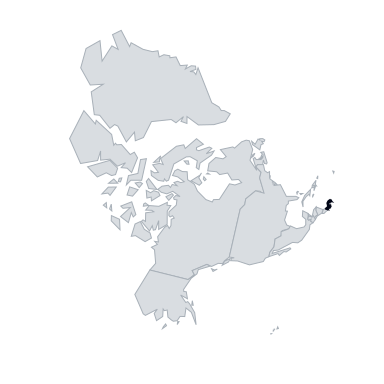 where Panama sits in North America, rotated 284°
{"feature_id": "PAN", "entity_name": "Panama", "entity_type": "country or territory", "adm_level": 0, "iso_a3": "PAN", "parent_name": "North America", "parent_adm1": "", "projection": "mercator", "projection_center": [-80.239, 8.409], "detail": "fine", "context": "in_parent", "style": "filled", "palette": "ink", "viewbox_px": 384, "rotation_deg": 284, "n_neighbors": 17, "source": "natural_earth", "source_scale": "50m", "svg_char_len": 10694}
<svg xmlns="http://www.w3.org/2000/svg" viewBox="0 0 384 384"><g transform="rotate(284 192 192)"><path d="M137.9,243.9L133.0,240.1L129.9,239.0L129.1,234.7L124.5,229.0L125.4,224.0L115.8,211.2L112.3,214.3L106.1,209.4L106.1,170.0L114.0,174.0L126.9,169.6L128.6,166.0L132.8,171.1L135.1,167.7L135.4,171.5L140.3,169.5L151.2,174.0L153.6,176.4L151.1,178.7L154.3,179.7L160.5,178.4L162.4,181.1L164.3,178.8L162.5,176.8L163.6,175.2L167.2,174.5L175.4,179.9L180.7,179.3L180.5,176.4L182.0,175.5L184.7,177.2L184.7,181.5L188.0,173.2L184.1,168.0L184.3,162.2L186.3,158.2L190.4,161.5L192.8,167.5L191.2,170.0L194.5,171.0L194.5,176.0L196.8,172.2L198.9,175.4L198.4,178.9L200.1,182.0L203.2,174.5L203.3,169.1L208.4,170.2L210.7,172.7L209.5,177.7L210.5,182.4L202.9,184.8L200.1,192.4L194.2,197.1L188.0,207.3L187.2,214.1L189.8,214.7L191.4,220.3L209.0,226.4L209.2,232.0L213.1,237.9L215.4,234.1L213.3,227.8L219.0,222.0L215.6,214.6L217.6,211.0L216.3,202.1L223.8,201.6L231.2,206.7L231.7,214.1L234.6,216.6L240.0,209.3L245.6,220.7L244.9,222.7L252.7,228.0L255.4,232.0L255.6,235.2L247.9,240.6L236.8,240.6L228.6,249.6L239.1,243.3L240.7,244.6L239.0,246.4L240.2,251.1L242.4,252.4L245.3,252.0L247.1,249.1L248.4,251.9L238.6,257.8L237.3,257.6L237.2,255.5L240.3,253.5L235.5,253.9L234.4,249.0L231.8,248.0L227.9,254.2L222.0,254.2L208.7,262.2L207.5,261.5L209.2,257.7L208.5,253.4L198.3,245.8L192.6,246.2L187.0,242.9L137.9,243.9ZM206.0,201.6L207.3,199.8L209.7,199.8L207.6,202.7L206.0,201.6ZM213.4,153.1L211.5,147.7L219.5,152.9L215.8,152.6L213.4,153.1ZM213.6,204.6L213.1,201.8L214.3,202.7L213.6,204.6ZM189.1,139.3L188.2,141.9L183.5,139.7L187.0,134.7L189.1,139.3ZM188.7,120.5L184.6,120.2L184.2,117.9L187.7,118.1L188.7,120.5ZM180.3,108.9L185.7,113.0L182.6,117.8L180.3,108.9ZM213.3,139.7L191.2,140.3L188.6,129.8L183.0,126.6L192.6,126.4L196.9,135.0L211.0,134.2L213.3,139.7ZM155.6,116.1L160.7,116.6L154.2,118.8L155.6,116.1ZM157.8,109.1L161.0,111.4L156.0,113.1L157.8,109.1ZM255.7,237.6L253.6,241.7L259.4,243.3L258.9,245.2L260.1,244.8L260.9,247.8L260.1,250.1L258.2,249.7L258.1,247.2L256.1,249.5L254.6,247.5L249.3,247.6L252.6,239.3L255.7,237.6ZM202.7,188.4L210.2,195.6L212.8,196.6L207.5,195.1L203.3,199.3L200.3,197.4L202.7,188.4ZM211.7,157.4L216.8,153.4L232.6,165.8L235.8,172.6L232.6,174.9L244.8,183.5L241.1,191.5L236.2,185.6L234.0,186.1L233.7,188.6L239.8,197.9L239.2,200.7L232.6,196.6L237.2,203.5L232.5,202.0L222.0,192.8L215.5,193.2L216.7,190.2L223.6,189.6L225.8,181.6L224.7,178.0L214.8,167.6L197.8,166.4L196.3,164.5L198.1,162.1L195.6,162.0L195.1,156.4L198.2,148.6L202.8,147.0L201.5,150.9L202.9,154.7L208.9,147.3L211.9,153.6L211.7,157.4ZM184.9,149.2L191.2,145.1L194.6,146.6L186.0,157.4L184.9,149.2ZM137.9,131.3L144.5,120.6L149.6,119.5L148.0,128.3L137.9,131.3ZM120.0,231.6L122.3,229.5L121.8,232.8L123.3,235.2L120.0,231.6ZM168.3,105.0L176.5,109.6L178.5,117.3L168.9,113.3L170.6,110.7L168.3,105.0ZM136.7,245.2L133.0,244.4L128.3,239.1L132.8,240.4L136.7,245.2ZM134.3,143.8L147.2,144.5L150.8,149.0L144.3,154.7L142.1,161.2L137.5,163.8L132.5,158.5L136.0,147.7L134.3,143.8ZM161.1,126.3L167.9,135.9L156.5,143.0L153.6,141.0L157.3,138.1L146.9,137.7L150.9,128.6L162.0,135.9L159.5,129.0L161.1,126.3ZM163.2,151.4L168.5,153.8L170.1,163.3L176.0,170.6L173.1,171.0L173.7,174.7L167.5,172.6L154.6,175.7L147.6,168.7L156.2,166.6L146.6,165.7L145.6,163.7L149.7,161.6L143.9,160.2L151.3,150.0L153.1,151.2L152.2,154.0L160.6,152.1L163.6,159.7L164.5,157.4L163.2,151.4ZM177.2,153.6L175.2,149.7L182.5,147.2L181.3,152.0L184.0,154.5L183.7,159.6L180.8,161.8L173.6,154.8L177.2,153.6ZM166.4,148.2L168.7,148.0L170.1,149.3L168.5,153.3L166.4,148.2ZM173.4,129.7L181.9,130.3L181.2,139.2L173.6,135.3L173.4,129.7ZM183.7,96.5L191.2,84.6L202.8,104.6L197.1,114.1L190.4,113.6L188.5,110.0L189.9,104.2L183.7,96.5ZM192.7,77.0L214.2,60.3L244.8,67.4L234.6,81.8L238.4,81.7L228.4,100.1L218.4,104.8L220.8,105.9L219.6,107.6L221.0,112.0L213.4,123.0L216.7,126.4L212.0,130.9L196.3,128.7L199.4,123.3L198.5,117.4L204.3,120.4L199.0,113.4L204.0,104.5L200.8,95.6L209.7,93.4L199.7,92.8L192.7,77.0ZM221.3,180.8L218.2,182.4L217.8,180.2L220.2,176.9L221.3,180.8ZM181.1,167.8L185.6,173.0L184.5,174.7L178.3,171.5L181.1,167.8ZM240.1,241.6L243.0,242.0L244.8,243.7L241.7,242.9L240.1,241.6ZM241.0,249.1L241.6,250.3L244.5,250.6L243.0,251.8L240.7,250.7L241.0,249.1Z" fill="#d9dde1" stroke="#a8b0b8" stroke-width="1"/><path d="M137.9,243.9L187.0,242.9L192.6,246.2L198.3,245.8L208.5,253.4L208.3,262.2L222.0,254.2L227.9,254.2L231.8,248.0L234.4,249.0L235.8,254.7L230.3,257.4L229.0,260.7L230.5,262.3L224.0,264.0L227.1,264.0L223.6,264.4L221.9,268.5L220.8,267.2L221.6,269.7L220.1,272.3L219.4,268.0L219.4,270.4L218.2,270.1L220.5,276.0L210.6,284.6L212.9,293.8L212.3,297.0L210.0,295.7L206.5,287.7L204.0,288.3L201.8,286.7L196.2,287.2L196.5,289.2L187.2,288.6L182.9,291.9L182.3,295.8L179.7,294.8L176.3,288.8L171.0,289.0L166.5,284.0L158.6,284.8L152.1,282.0L147.9,282.3L145.5,279.2L141.8,278.0L135.2,265.4L136.1,252.9L134.7,246.1L137.4,246.5L138.4,248.9L137.9,243.9ZM106.1,170.0L106.1,209.4L112.3,214.3L115.8,211.2L125.4,224.0L124.4,227.4L118.2,216.9L113.8,216.6L108.1,212.1L95.4,207.4L93.5,208.1L93.8,210.6L87.3,213.4L89.3,205.9L83.3,212.7L84.6,214.4L82.9,216.8L75.6,223.8L64.2,228.1L75.1,220.5L78.0,214.2L69.4,215.1L68.4,210.5L63.5,208.7L62.1,205.1L62.8,203.0L64.8,198.9L71.5,196.5L70.2,193.9L71.5,192.3L64.1,193.7L58.6,188.7L65.0,184.7L69.9,186.7L61.0,176.6L62.0,174.1L78.8,161.3L106.1,170.0ZM52.3,196.4L54.4,196.8L57.6,198.3L56.1,199.6L52.3,196.4ZM79.7,307.5L81.9,307.8L80.4,308.9L79.7,307.5ZM78.8,305.0L79.1,305.8L78.6,305.2L78.8,305.0ZM77.6,304.6L78.4,304.9L77.5,304.9L77.6,304.6ZM76.1,304.5L76.9,304.4L76.8,304.5L76.1,304.5ZM73.5,302.7L73.8,303.4L73.2,303.0L73.5,302.7ZM59.8,209.7L62.9,209.5L63.1,210.8L59.8,209.7ZM82.2,219.1L86.6,218.6L82.4,220.6L82.2,219.1Z" fill="#d9dde1" stroke="#a8b0b8" stroke-width="1"/><path d="M227.5,307.4L227.5,310.5L222.7,310.0L226.4,309.4L224.9,307.1L227.5,307.4Z" fill="#d9dde1" stroke="#a8b0b8" stroke-width="1"/><path d="M228.0,311.4L227.7,307.1L233.4,309.5L229.3,309.8L228.0,311.4Z" fill="#d9dde1" stroke="#a8b0b8" stroke-width="1"/><path d="M214.9,294.7L216.7,293.8L216.8,294.3L214.9,294.7ZM216.8,293.4L218.2,294.3L217.9,295.7L217.6,294.4L216.8,293.4ZM215.8,298.2L216.7,297.1L217.3,299.8L215.8,298.2Z" fill="#d9dde1" stroke="#a8b0b8" stroke-width="1"/><path d="M271.2,67.4L285.5,54.0L305.6,54.5L316.6,66.1L297.2,73.1L314.4,78.9L312.5,85.8L325.5,76.8L331.7,84.2L318.0,96.3L322.1,96.8L318.6,110.0L318.6,119.6L320.8,124.8L315.1,127.5L318.4,131.5L318.8,137.5L316.9,138.1L319.2,143.8L311.8,150.0L314.0,156.7L309.7,155.8L314.3,160.7L315.0,165.0L311.9,166.1L308.4,160.9L309.0,164.6L306.9,167.3L314.0,167.8L283.4,189.6L281.0,197.6L278.1,200.7L278.8,203.6L277.1,210.2L268.6,207.4L262.7,197.0L258.6,182.0L264.0,168.9L257.3,170.5L257.9,164.2L263.1,165.5L255.3,159.7L257.3,154.3L250.5,135.6L233.1,131.7L228.0,124.6L236.2,121.7L224.7,116.2L238.0,104.1L238.7,100.6L234.0,97.0L244.1,83.9L243.4,78.5L264.8,70.0L275.1,79.8L271.2,67.4Z" fill="#d9dde1" stroke="#a8b0b8" stroke-width="1"/><path d="M147.9,282.3L152.1,282.0L158.6,284.8L166.5,284.0L171.0,289.0L175.0,288.0L179.7,294.8L182.9,295.7L181.7,302.3L185.1,309.1L187.7,310.3L193.0,309.0L195.0,305.0L200.6,304.0L199.2,310.1L193.7,310.9L192.9,312.0L194.6,314.2L192.4,314.2L191.5,316.9L188.7,314.4L184.0,314.9L171.8,310.1L168.3,307.0L167.4,301.7L156.5,289.6L154.9,285.2L151.8,284.7L161.5,300.6L160.7,301.6L156.6,297.9L156.4,295.5L151.6,292.1L153.1,290.4L147.9,282.3Z" fill="#d9dde1" stroke="#a8b0b8" stroke-width="1"/><path d="M208.5,325.8L207.8,328.2L203.1,325.2L202.6,323.5L206.6,323.4L208.5,325.8Z" fill="#d9dde1" stroke="#a8b0b8" stroke-width="1"/><path d="M206.6,323.4L203.0,323.1L199.5,319.9L204.3,316.5L207.5,316.1L206.6,323.4Z" fill="#d9dde1" stroke="#a8b0b8" stroke-width="1"/><path d="M207.5,316.1L204.3,316.5L200.2,319.7L196.6,317.1L199.1,314.5L204.2,314.3L207.5,316.1Z" fill="#d9dde1" stroke="#a8b0b8" stroke-width="1"/><path d="M196.6,317.1L199.4,318.3L199.1,319.4L195.3,318.4L196.6,317.1Z" fill="#d9dde1" stroke="#a8b0b8" stroke-width="1"/><path d="M191.5,316.9L192.4,314.2L194.6,314.2L192.9,312.0L193.7,310.9L197.0,311.0L196.8,314.5L198.6,314.8L196.6,317.1L195.3,318.4L191.5,316.9Z" fill="#d9dde1" stroke="#a8b0b8" stroke-width="1"/><path d="M197.0,311.0L198.8,310.0L197.3,314.5L196.8,314.5L197.0,311.0Z" fill="#d9dde1" stroke="#a8b0b8" stroke-width="1"/><path d="M235.6,309.7L238.2,310.2L235.4,310.7L235.6,309.7Z" fill="#d9dde1" stroke="#a8b0b8" stroke-width="1"/><path d="M215.9,310.2L218.4,309.9L219.6,310.8L215.9,310.2Z" fill="#d9dde1" stroke="#a8b0b8" stroke-width="1"/><path d="M209.0,300.9L215.9,302.2L223.2,306.4L216.9,307.2L218.1,306.1L215.2,303.9L209.8,301.9L204.3,303.4L209.0,300.9Z" fill="#d9dde1" stroke="#a8b0b8" stroke-width="1"/><path d="M244.6,324.9L246.4,323.5L246.4,324.9L244.6,324.9Z" fill="#d9dde1" stroke="#a8b0b8" stroke-width="1"/><path d="M217.6,327.5L217.4,327.6L217.5,327.9L217.5,328.0L217.7,328.3L217.9,328.6L217.7,328.8L217.6,329.1L217.3,329.4L217.2,329.4L217.0,329.2L216.9,329.1L216.9,329.4L216.9,329.5L216.6,330.0L216.6,329.9L216.2,329.4L215.8,328.8L215.7,328.5L215.8,328.5L216.0,328.5L216.0,328.4L216.0,328.2L216.2,327.9L216.3,327.9L216.4,328.1L216.6,328.2L216.8,328.4L216.7,328.2L216.4,327.9L216.3,327.7L216.2,327.8L215.9,327.8L215.8,327.7L215.8,327.8L215.8,328.0L215.7,327.9L215.6,327.5L215.4,327.4L215.2,327.3L215.1,327.2L214.8,327.0L214.6,326.9L214.3,326.8L213.9,326.8L213.8,327.0L213.7,327.0L213.4,327.2L213.4,327.4L213.3,327.5L212.7,328.0L212.3,328.1L212.2,328.2L212.2,328.4L212.2,328.5L212.3,328.6L212.5,328.9L212.8,329.2L212.9,329.3L212.9,329.5L212.5,329.6L212.4,329.7L212.3,329.8L212.2,329.9L211.8,330.0L211.5,330.0L211.4,329.9L211.4,329.6L211.2,329.1L211.1,328.8L210.9,328.9L210.9,329.0L210.8,329.3L210.7,329.3L210.6,329.2L210.3,329.1L210.0,328.6L209.9,328.4L209.7,328.3L209.5,328.2L209.3,328.2L209.2,328.3L209.1,328.2L208.8,328.1L208.5,328.1L208.3,328.0L208.1,328.1L207.9,328.2L208.0,328.4L207.9,328.5L207.9,328.4L207.8,328.2L207.7,328.1L208.0,327.8L208.0,327.6L207.9,327.3L207.9,327.2L208.0,327.1L208.2,326.9L207.9,326.7L207.8,326.4L207.8,326.0L208.0,325.9L208.3,325.9L208.5,325.9L208.8,326.1L208.9,326.5L209.0,326.5L209.0,326.8L209.3,327.0L209.7,326.9L209.8,326.9L209.6,326.6L209.8,326.7L210.0,326.8L210.3,327.2L210.6,327.2L210.9,327.2L211.1,327.2L211.5,327.0L211.8,326.8L212.0,326.7L212.7,326.5L213.0,326.2L213.5,326.0L213.6,325.9L214.1,325.8L214.4,325.9L214.5,325.9L214.8,326.0L215.3,326.1L215.6,326.1L216.3,326.4L216.8,326.7L217.0,327.0L217.6,327.5ZM210.2,329.8L209.9,329.7L209.7,329.6L209.8,329.3L210.0,329.5L210.2,329.8ZM214.9,328.1L214.8,327.8L215.0,327.8L215.0,328.0L214.9,328.1ZM209.1,326.2L209.0,326.3L208.9,326.1L209.0,326.1L209.1,326.2Z" fill="#0f172a" stroke="#020617" stroke-width="1.5"/></g></svg>